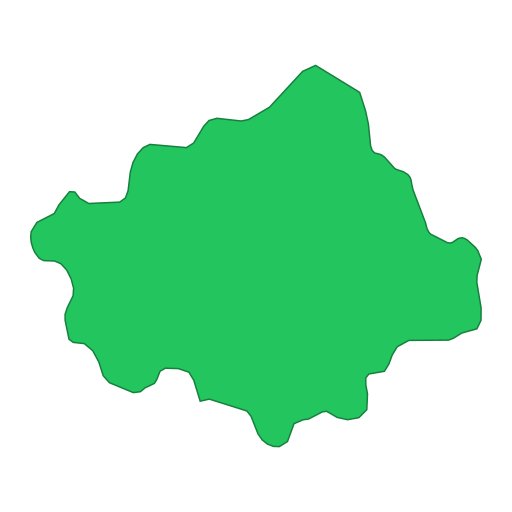 outline of Treviso
{"feature_id": "ITA-5466", "entity_name": "Treviso", "entity_type": "Province", "adm_level": 1, "iso_a3": "ITA", "parent_name": "Italy", "parent_adm1": "", "projection": "orthographic", "projection_center": [12.224, 45.808], "detail": "fine", "context": "isolated", "style": "filled", "palette": "green", "viewbox_px": 512, "rotation_deg": 0, "n_neighbors": 0, "source": "natural_earth", "source_scale": "10m", "svg_char_len": 1635}
<svg xmlns="http://www.w3.org/2000/svg" viewBox="0 0 512 512"><path d="M315.6,65.4L359.7,92.4L359.9,93.1L365.5,110.7L368.4,124.0L370.6,145.8L372.1,150.3L374.5,152.9L379.6,154.2L381.6,155.0L384.3,156.9L394.5,168.3L396.3,169.4L403.5,171.8L408.1,174.8L410.1,177.5L411.1,180.2L411.7,184.0L413.0,189.8L425.5,222.8L427.0,228.6L428.6,231.8L430.4,234.0L447.5,242.7L449.9,243.0L452.3,242.5L457.9,238.7L460.1,238.0L462.5,237.8L464.7,238.5L467.4,240.1L475.4,247.5L477.7,250.5L481.3,259.3L477.1,275.5L476.8,282.3L481.1,307.9L481.0,320.3L476.9,328.8L461.9,333.0L453.3,338.3L448.6,340.1L408.9,340.4L397.3,346.7L392.3,354.8L388.9,364.0L384.4,371.3L368.9,374.0L365.8,377.9L365.8,384.7L367.5,393.9L366.8,409.7L358.8,417.7L347.6,419.7L337.1,417.4L326.6,411.3L322.3,411.9L308.6,419.0L303.0,419.8L294.0,423.7L287.5,441.5L279.4,446.6L273.4,446.4L267.5,444.1L262.2,439.9L258.0,433.9L251.1,416.4L246.9,411.0L209.3,399.1L200.2,401.2L193.8,380.3L188.9,372.2L178.4,368.6L165.3,368.2L160.0,371.3L156.8,379.5L154.4,383.4L145.0,387.9L140.4,391.7L133.3,392.6L109.4,382.7L103.2,375.7L98.8,361.9L92.7,350.7L84.3,343.6L73.2,342.4L69.0,339.2L65.1,320.2L65.1,314.2L67.3,307.6L73.1,295.7L73.6,288.2L71.2,279.0L66.8,270.2L60.9,263.7L54.4,261.0L43.7,260.6L39.2,258.3L34.8,252.4L32.8,247.8L31.3,242.7L30.7,237.2L31.2,231.7L36.9,222.4L54.3,213.5L59.0,204.8L69.5,191.7L74.8,192.0L79.7,198.4L88.8,203.5L119.7,202.1L125.5,197.9L128.1,190.6L130.3,172.1L133.0,162.5L137.4,154.0L143.1,147.7L149.9,144.4L186.4,147.6L193.7,143.0L203.7,126.3L209.0,120.5L216.9,118.3L241.1,121.0L248.4,119.6L269.5,107.2L302.7,71.3L315.6,65.4Z" fill="#22c55e" stroke="#15803d" stroke-width="1.5"/></svg>